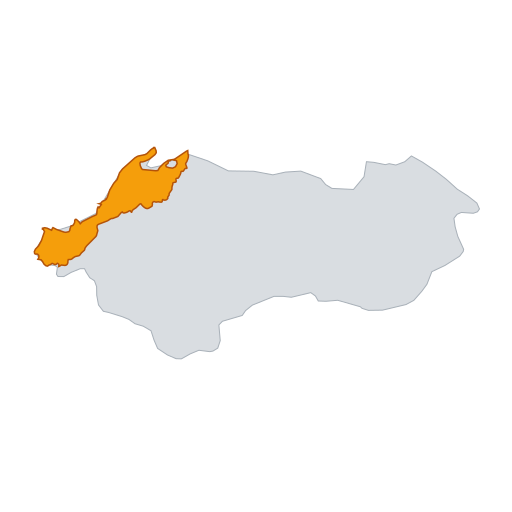 Vlorë on a map of Albania (Robinson projection), rotated 92°
{"feature_id": "ALB-1504", "entity_name": "Vlorë", "entity_type": "County", "adm_level": 1, "iso_a3": "ALB", "parent_name": "Albania", "parent_adm1": "", "projection": "robinson", "projection_center": [19.787, 40.148], "detail": "fine", "context": "in_parent", "style": "filled", "palette": "amber", "viewbox_px": 512, "rotation_deg": 92, "n_neighbors": 0, "source": "natural_earth", "source_scale": "10m", "svg_char_len": 5046}
<svg xmlns="http://www.w3.org/2000/svg" viewBox="0 0 512 512"><g transform="rotate(92 256 256)"><path d="M157.9,148.9L158.3,141.5L160.2,129.9L159.1,126.1L160.2,119.4L156.6,110.6L150.6,104.2L156.4,92.9L164.9,79.3L172.7,68.5L182.2,57.2L188.6,46.4L195.4,37.1L201.2,34.3L204.1,36.2L205.7,40.3L205.3,52.3L207.3,56.5L211.4,59.5L219.9,58.0L229.4,55.0L242.1,48.7L244.3,49.1L249.0,52.4L258.9,66.9L265.5,79.7L278.3,84.2L285.5,89.1L294.8,96.7L299.3,104.4L305.7,127.7L306.4,141.8L304.6,148.2L303.1,149.9L297.4,172.8L298.8,184.5L298.8,192.2L293.9,195.2L290.7,200.0L296.0,219.2L295.4,227.3L295.7,236.6L305.2,257.9L310.9,264.5L315.9,267.7L322.4,287.3L326.2,290.7L341.8,288.8L349.4,291.0L352.5,295.7L353.2,298.8L352.2,309.8L356.1,318.3L361.4,327.0L361.4,332.3L358.0,341.0L351.8,351.1L343.5,355.0L334.4,358.3L330.1,366.2L327.9,374.6L323.8,380.8L321.3,387.6L317.5,401.6L316.6,406.6L310.4,411.7L300.8,413.8L292.2,414.2L286.4,416.6L283.5,421.4L278.0,425.2L274.7,426.9L274.8,431.2L278.8,440.1L283.3,447.4L283.4,453.2L281.2,454.8L274.2,454.1L272.7,456.2L271.9,462.7L270.1,468.2L267.2,471.6L262.2,475.3L253.0,474.1L244.3,468.5L239.8,466.8L237.2,467.0L236.5,453.4L232.8,442.8L219.1,417.5L174.6,393.0L164.2,382.0L159.6,372.7L155.0,364.0L159.4,363.7L163.8,366.0L169.3,368.6L171.6,364.2L169.2,354.7L157.8,332.4L157.0,326.2L162.6,307.5L171.9,286.6L171.4,261.1L174.3,242.0L171.1,229.5L169.6,214.2L176.4,194.0L182.2,188.9L185.8,182.5L186.1,160.9L173.0,150.8L157.9,148.9Z" fill="#d9dde1" stroke="#a8b0b8" stroke-width="1"/><path d="M273.4,452.8L273.2,452.8L272.0,452.6L271.0,453.0L270.2,454.1L270.5,454.7L271.2,455.3L271.6,456.5L271.4,457.2L270.6,459.0L270.5,459.5L270.8,460.0L271.7,461.0L271.9,461.5L272.4,462.8L273.0,463.4L273.4,464.2L273.0,465.8L271.4,467.7L269.1,469.0L267.3,470.6L266.9,473.9L265.8,473.3L264.8,473.0L263.8,473.0L262.8,473.3L261.8,474.3L261.7,475.4L261.8,476.5L261.3,477.3L259.4,477.7L256.9,476.7L253.5,473.7L247.9,470.9L243.1,469.5L239.0,468.2L237.0,469.4L236.7,469.5L236.6,470.4L235.7,470.4L235.1,468.2L235.5,465.7L237.4,461.2L235.3,460.4L234.7,459.9L236.5,456.1L238.8,448.7L239.0,446.9L238.2,443.8L236.9,443.0L235.1,442.8L232.4,441.9L232.2,441.5L232.2,440.9L232.0,440.3L231.6,439.8L229.9,438.9L228.7,438.4L226.6,438.4L225.7,437.8L225.7,436.8L227.5,434.7L228.7,433.6L229.9,432.8L227.8,430.9L222.1,420.6L221.3,418.8L220.5,417.2L219.5,416.6L215.6,416.4L213.7,416.1L212.4,415.5L213.3,414.6L210.0,412.4L209.5,413.4L209.4,413.8L209.2,414.6L208.8,413.2L208.2,412.6L207.5,412.1L206.7,411.4L206.5,410.9L205.6,409.1L204.6,407.7L204.2,408.0L203.0,406.8L195.0,404.4L188.3,400.7L184.4,397.4L177.6,395.3L173.6,392.4L162.1,380.4L160.8,378.4L160.2,377.2L158.6,370.6L157.7,368.8L153.5,364.9L152.0,363.0L151.8,362.5L151.8,362.3L151.1,362.0L151.1,361.0L154.3,359.5L156.3,359.3L158.2,360.5L162.5,365.4L163.6,367.0L165.2,370.5L165.9,372.7L166.1,374.7L167.3,375.3L169.8,374.8L172.3,373.6L173.5,372.6L174.3,359.3L174.0,357.1L170.9,355.4L166.7,351.5L163.4,347.1L162.8,344.0L163.6,344.9L164.0,346.0L164.3,347.2L165.3,347.0L166.2,347.0L168.5,349.4L170.0,348.7L170.8,345.9L171.1,342.4L169.6,339.6L166.4,338.0L163.5,338.8L162.8,342.9L162.0,340.6L153.6,329.1L153.0,327.9L156.0,327.6L158.0,327.0L159.7,327.1L161.4,327.5L164.0,328.4L165.9,329.5L167.1,329.4L169.9,328.2L170.6,328.1L170.9,328.4L170.9,328.8L170.8,329.1L170.9,329.5L171.3,330.1L172.1,330.6L173.4,331.4L173.9,331.9L174.0,332.5L173.9,333.0L174.2,333.7L174.8,334.0L175.9,334.1L177.1,334.5L179.9,335.8L180.6,336.3L181.0,336.7L181.0,337.1L181.0,337.6L181.1,337.9L181.4,338.5L181.9,338.7L182.7,338.7L183.6,338.4L184.2,338.4L184.7,338.6L185.0,338.8L185.0,339.0L185.0,339.3L185.2,339.8L185.6,341.3L186.0,341.6L186.6,341.7L187.7,341.7L188.6,342.1L190.3,342.4L192.5,342.4L195.9,344.6L196.7,345.0L197.2,345.0L197.7,345.0L198.2,345.0L198.8,345.3L199.5,345.9L200.1,346.2L200.5,346.3L200.8,346.2L201.1,346.1L201.6,346.2L202.0,346.5L202.8,347.3L203.2,348.1L203.4,349.4L203.3,350.2L203.2,350.6L203.0,350.8L202.8,351.0L203.0,351.4L204.8,351.7L205.3,352.0L205.5,352.5L205.5,353.4L205.4,354.9L205.2,355.3L205.3,355.8L205.6,357.4L205.6,358.2L205.4,358.9L205.2,359.4L205.2,360.0L205.5,360.6L206.2,361.2L207.1,361.5L208.3,361.3L209.9,361.7L211.8,364.6L212.3,365.7L212.4,366.6L212.1,367.9L211.4,369.2L210.4,370.5L208.6,372.3L207.8,372.9L207.9,373.4L208.3,374.1L211.9,377.5L214.0,380.4L214.6,380.9L215.0,381.3L216.5,381.7L216.6,381.8L216.6,382.0L216.2,382.5L215.3,383.2L215.1,383.4L215.2,383.9L215.5,384.5L216.5,386.0L217.1,387.3L217.6,389.1L217.6,389.9L217.4,390.5L216.7,391.1L217.0,391.7L217.3,392.2L221.3,395.4L223.5,400.5L223.6,401.9L224.2,403.0L226.0,405.5L227.1,408.1L229.7,414.3L230.4,415.4L231.4,415.9L233.0,415.9L235.3,415.2L236.1,415.0L236.8,415.1L239.9,415.9L240.7,416.0L242.0,416.6L251.5,425.4L253.6,426.9L254.9,427.4L255.6,427.4L256.3,427.8L259.0,430.6L261.3,432.2L261.9,433.0L262.7,436.0L263.1,437.1L264.3,438.7L265.4,439.9L265.9,441.0L266.1,443.5L267.6,443.8L269.3,443.8L270.2,444.1L271.1,444.6L271.8,445.5L272.1,446.6L271.8,450.2L273.1,452.1L273.4,452.8L273.4,452.8Z" fill="#f59e0b" stroke="#b45309" stroke-width="1.5"/></g></svg>